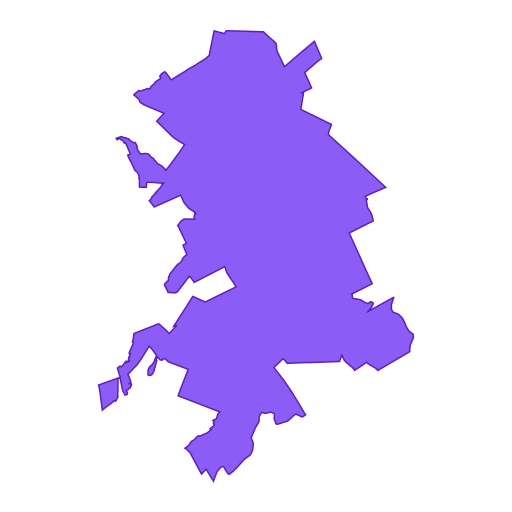 Crucea, Constanta, Romania
{"feature_id": "2599482B22418469262787", "entity_name": "Crucea", "entity_type": "district", "adm_level": 2, "iso_a3": "ROU", "parent_name": "Romania", "parent_adm1": "Constanta", "projection": "mercator", "projection_center": [28.187, 44.537], "detail": "fine", "context": "isolated", "style": "filled", "palette": "violet", "viewbox_px": 512, "rotation_deg": 0, "n_neighbors": 0, "source": "geoboundaries", "source_scale": "gbopen_adm2", "svg_char_len": 6034}
<svg xmlns="http://www.w3.org/2000/svg" viewBox="0 0 512 512"><path d="M102.3,410.1L107.5,405.9L111.1,403.5L114.3,400.6L115.6,401.2L117.9,397.0L118.0,395.6L117.6,395.1L117.9,391.1L118.0,378.3L120.0,377.7L122.3,389.0L122.8,390.8L125.0,394.9L125.1,395.1L127.1,394.5L127.5,392.7L127.1,391.8L126.6,391.3L126.3,390.8L126.6,390.3L127.2,389.8L128.2,389.6L129.1,388.2L130.1,388.0L131.6,384.7L131.1,383.6L129.3,383.9L129.1,383.7L130.3,382.9L130.9,381.8L128.0,374.2L136.6,365.3L140.5,360.1L149.2,346.1L151.2,348.3L155.4,353.7L155.3,353.9L156.5,355.3L154.7,360.1L153.5,362.7L151.6,365.1L150.0,366.5L148.7,368.4L148.0,370.6L148.0,373.4L148.1,375.0L148.5,375.4L150.8,375.3L152.2,374.3L153.7,371.6L154.5,369.7L154.5,368.4L155.4,366.5L155.5,365.2L155.9,363.4L156.8,360.8L156.1,359.6L157.4,357.1L160.1,359.8L161.6,360.2L162.2,360.1L163.3,359.0L164.2,358.8L165.9,359.2L166.6,360.0L167.0,360.7L168.6,361.9L188.2,369.4L180.2,389.9L178.1,395.8L219.8,411.9L217.9,414.0L217.4,415.1L217.2,416.6L216.1,418.9L212.9,420.4L214.3,421.8L213.3,423.1L214.2,425.3L210.0,428.8L211.1,429.7L206.7,433.2L203.2,434.5L200.7,435.9L198.4,435.8L197.3,436.5L196.0,437.6L195.2,438.9L194.1,439.8L191.6,441.3L190.7,442.2L188.7,445.4L184.9,448.2L186.7,449.3L189.2,451.9L189.9,452.4L201.5,474.1L206.1,469.2L213.5,481.3L213.9,479.7L214.5,478.6L215.1,476.6L217.2,471.4L217.9,470.5L220.9,467.3L222.8,466.5L223.5,466.8L224.1,467.4L224.9,469.0L228.0,473.8L228.9,474.3L230.0,473.8L233.6,470.9L237.5,466.9L244.1,459.6L244.9,458.8L250.0,455.2L250.5,454.6L252.5,450.5L252.7,449.4L253.3,443.9L253.3,443.5L252.5,440.7L251.9,439.8L251.6,439.0L251.3,437.5L251.4,436.8L251.8,436.3L254.4,430.2L254.6,429.3L256.4,426.0L257.0,425.1L258.7,422.2L259.0,421.8L259.2,416.7L261.4,412.7L262.4,412.7L265.4,413.4L271.0,412.1L273.5,413.3L274.2,413.9L274.4,414.4L274.5,415.3L274.1,418.5L275.9,423.7L276.5,424.2L277.7,424.2L287.3,421.2L287.8,421.0L294.8,414.6L296.1,414.4L296.8,414.5L301.7,416.8L302.3,416.9L302.9,416.7L305.4,415.0L305.6,414.6L305.0,414.0L295.2,397.5L294.6,396.9L293.5,394.8L291.3,391.3L291.0,391.3L290.2,390.1L290.5,390.1L283.5,379.8L273.9,367.5L282.9,358.8L283.4,359.0L284.5,360.0L287.2,363.3L307.1,362.5L308.5,362.6L339.5,361.5L341.6,355.7L342.0,355.2L343.2,358.2L344.5,360.5L345.4,361.5L346.9,363.0L352.2,367.3L353.7,369.0L354.6,370.4L366.7,362.3L368.6,364.1L375.1,367.9L378.0,370.5L378.2,370.2L409.8,351.6L409.7,348.9L410.3,345.0L412.7,339.4L413.4,337.5L413.2,334.3L409.1,331.2L407.8,329.2L406.5,327.1L404.2,321.4L402.6,318.4L398.6,314.3L392.8,312.0L391.4,309.0L391.4,305.1L391.5,304.3L393.7,297.5L393.4,297.4L368.0,311.5L368.3,310.9L371.3,307.7L373.3,303.7L373.0,302.9L372.5,302.3L371.6,302.0L371.1,301.7L370.7,301.7L368.8,303.1L367.5,303.4L364.0,302.1L362.5,300.8L360.3,299.7L358.1,299.2L353.5,298.6L352.9,298.2L352.4,297.2L352.2,294.9L351.7,294.1L372.2,283.7L367.6,273.7L349.2,233.0L373.2,220.9L372.9,219.0L371.3,213.5L370.4,211.9L368.0,208.3L367.5,207.3L366.3,199.8L367.3,199.5L367.2,198.8L366.5,198.8L365.2,196.4L370.9,193.7L385.7,187.4L356.5,160.2L328.4,134.6L329.0,130.9L331.5,124.5L300.8,109.4L303.5,93.3L303.2,93.0L301.8,92.8L311.6,87.9L309.3,82.6L304.7,72.6L317.8,61.2L321.4,58.7L321.6,58.4L321.5,58.0L314.4,41.3L301.2,52.3L284.5,66.7L277.0,51.1L276.2,44.0L275.9,43.2L274.1,41.4L269.9,37.9L264.2,32.6L263.6,31.8L226.2,30.7L224.6,33.6L214.1,30.9L209.2,55.4L205.5,58.6L204.1,59.6L197.0,64.0L196.2,64.7L188.5,69.0L185.3,71.2L171.4,79.7L170.9,79.5L170.4,79.0L169.2,77.0L167.4,74.8L166.5,73.4L164.7,71.7L161.1,74.1L160.9,75.3L159.7,76.0L160.9,78.2L155.6,81.8L155.0,82.4L154.8,83.2L151.9,85.7L150.5,87.2L150.3,88.5L149.5,88.6L148.3,89.1L147.3,88.5L147.1,88.6L145.5,89.4L142.4,90.3L140.8,91.3L139.1,90.5L138.6,90.4L138.1,91.3L136.0,92.8L133.8,94.9L139.0,99.4L140.1,102.4L144.0,104.8L164.0,113.3L156.7,121.2L164.4,128.7L170.6,134.9L173.6,137.6L177.1,140.0L184.6,144.6L179.1,152.7L169.2,166.1L165.8,170.4L165.0,169.1L162.3,166.4L158.8,164.2L158.4,164.2L157.8,163.8L157.1,163.3L155.5,161.0L153.9,159.6L153.9,158.9L150.6,156.6L149.3,154.7L148.3,154.0L147.0,153.6L144.5,153.5L141.0,154.0L140.5,153.9L138.5,151.1L138.4,151.1L138.2,150.7L137.8,150.1L137.6,149.7L137.5,148.9L137.1,147.9L137.0,147.4L137.2,146.5L136.7,145.9L136.9,145.8L135.3,142.5L133.6,142.9L131.7,141.3L131.1,141.4L128.6,138.8L127.4,138.7L125.7,137.7L124.0,137.7L121.5,136.5L116.2,138.3L116.7,139.2L117.4,139.8L118.2,138.8L118.8,138.4L119.1,138.5L123.2,140.9L124.3,143.1L125.5,142.7L130.4,154.0L127.7,155.1L129.7,159.8L131.1,162.1L134.8,170.2L137.1,172.2L137.9,173.2L138.9,175.5L139.0,176.4L138.9,178.4L139.5,178.5L139.4,182.6L139.5,187.1L146.3,187.4L146.6,183.5L146.8,182.6L147.0,182.2L153.9,182.5L161.7,183.2L163.5,183.0L163.8,183.1L162.1,184.7L160.6,187.3L156.5,191.7L155.8,192.2L155.7,192.4L156.1,192.9L155.3,193.3L154.9,193.9L154.1,194.6L153.0,196.0L152.2,196.4L152.2,196.7L150.9,199.2L149.3,200.6L154.2,207.0L180.7,195.2L184.1,202.7L189.0,208.5L195.2,212.5L194.9,212.9L195.6,213.4L195.7,213.7L195.4,214.0L194.6,214.4L194.0,217.9L194.7,218.8L194.7,219.2L184.2,219.0L181.1,221.0L177.7,225.5L178.0,225.7L186.4,243.3L183.0,245.2L186.9,254.7L184.9,256.0L183.8,257.2L183.0,258.3L182.4,258.7L182.1,260.3L181.4,261.3L179.4,263.4L177.5,264.4L176.6,265.7L175.6,266.7L170.5,273.2L169.9,274.1L168.8,276.7L169.1,276.8L168.3,278.0L168.5,279.6L168.2,280.6L167.8,281.1L167.0,281.3L166.9,282.0L164.6,283.9L164.4,284.5L164.5,285.0L168.1,292.2L168.1,292.5L175.3,292.8L176.4,292.5L177.0,292.1L177.7,291.4L183.4,284.1L188.6,277.0L188.9,277.4L189.7,276.3L193.9,281.7L194.1,282.4L224.8,266.6L226.9,272.8L236.2,286.8L205.2,302.0L192.8,296.4L187.0,305.6L173.7,326.3L176.1,325.4L176.6,325.8L169.2,333.4L165.1,329.3L162.2,326.9L159.4,324.3L158.6,323.8L134.2,333.4L133.9,333.9L132.9,340.7L132.3,341.9L133.6,342.6L129.3,352.4L129.5,352.6L129.2,353.6L130.5,353.8L128.7,357.6L129.3,357.9L128.3,359.9L129.5,360.9L128.9,361.9L127.5,361.4L126.9,362.5L126.3,362.7L126.6,361.7L126.0,361.2L121.6,366.9L120.8,366.2L119.8,366.2L117.4,368.1L118.8,372.9L120.2,377.3L98.6,385.0L99.9,391.3L102.3,410.1Z" fill="#8b5cf6" stroke="#5b21b6" stroke-width="1.5"/></svg>